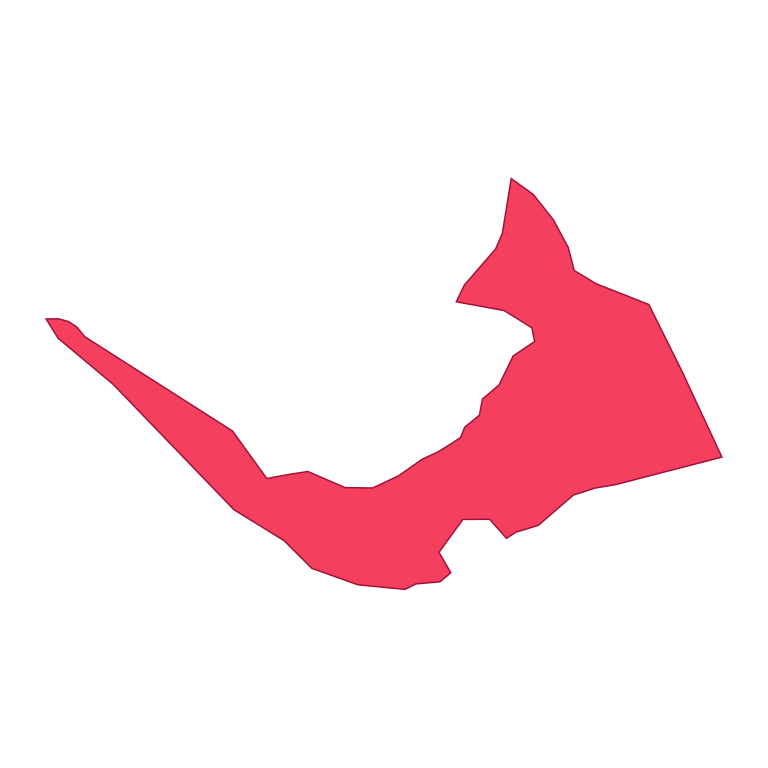 map outline of West Grand Bahama (orthographic projection)
{"feature_id": "BHS-5011", "entity_name": "West Grand Bahama", "entity_type": "District", "adm_level": 1, "iso_a3": "BHS", "parent_name": "The Bahamas", "parent_adm1": "", "projection": "orthographic", "projection_center": [-78.67, 26.651], "detail": "fine", "context": "isolated", "style": "filled", "palette": "rose", "viewbox_px": 768, "rotation_deg": 0, "n_neighbors": 0, "source": "natural_earth", "source_scale": "10m", "svg_char_len": 810}
<svg xmlns="http://www.w3.org/2000/svg" viewBox="0 0 768 768"><path d="M721.9,457.1L615.7,484.6L594.8,488.1L573.3,495.1L538.4,525.3L515.8,532.2L506.5,538.4L489.6,519.3L462.9,519.4L439.0,552.3L450.8,572.7L440.0,581.8L415.9,583.9L405.0,589.4L357.9,584.8L311.9,568.4L284.0,540.6L233.9,509.7L113.0,384.2L58.2,338.4L46.1,319.0L58.5,318.8L68.5,321.5L77.1,327.3L84.6,336.6L232.6,431.1L266.8,478.5L289.6,474.3L307.9,471.5L345.0,487.6L372.6,488.0L398.6,475.8L422.2,459.2L438.0,451.9L451.5,443.5L460.5,437.5L464.8,427.1L479.4,415.2L482.4,399.1L499.1,384.9L513.2,355.9L534.6,341.5L531.9,327.8L504.2,310.6L456.3,301.8L464.3,285.1L495.6,249.0L502.4,233.1L511.2,178.6L533.2,194.4L553.4,219.8L568.3,247.6L574.2,270.5L596.0,283.7L648.8,304.5L681.8,370.9L721.9,457.1Z" fill="#f43f5e" stroke="#9f1239" stroke-width="1.5"/></svg>